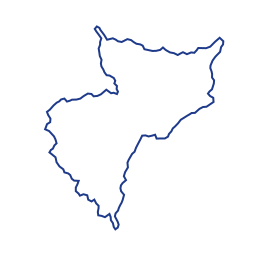 Taquarivaí, São Paulo, Brazil, rotated 98°
{"feature_id": "56859067B24863569730487", "entity_name": "Taquarivaí", "entity_type": "district", "adm_level": 2, "iso_a3": "BRA", "parent_name": "Brazil", "parent_adm1": "São Paulo", "projection": "orthographic", "projection_center": [-48.686, -23.94], "detail": "fine", "context": "isolated", "style": "outline", "palette": "blue", "viewbox_px": 256, "rotation_deg": 98, "n_neighbors": 0, "source": "geoboundaries", "source_scale": "gbopen_adm2", "svg_char_len": 2442}
<svg xmlns="http://www.w3.org/2000/svg" viewBox="0 0 256 256"><g transform="rotate(98 128 128)"><path d="M78.0,50.2L72.0,49.2L68.8,49.4L66.3,51.8L62.9,52.2L60.4,53.1L57.3,54.8L54.7,55.0L49.4,53.6L45.4,51.5L43.3,50.0L39.8,47.4L35.0,47.1L32.0,45.5L28.8,45.7L25.9,49.8L30.5,53.8L36.0,57.9L38.1,61.8L38.5,65.1L39.0,69.6L41.4,70.8L44.3,72.8L44.4,76.0L46.7,79.9L45.3,84.1L46.8,86.3L48.8,88.9L47.5,92.9L47.3,97.0L45.5,101.5L43.4,104.6L46.2,107.0L47.7,111.0L48.3,114.6L47.7,122.7L44.4,124.9L43.5,127.5L43.4,131.4L42.1,134.4L40.5,137.2L40.1,141.0L43.7,146.2L43.5,150.0L42.2,152.5L41.3,155.5L43.5,161.0L39.2,164.5L34.8,168.9L32.8,170.3L31.8,173.0L34.5,174.7L36.8,172.8L39.4,170.2L42.9,166.9L46.8,167.6L49.4,167.2L53.4,168.1L56.9,167.0L60.7,165.9L64.1,163.7L67.9,163.8L70.7,162.9L73.5,160.6L76.2,159.0L78.7,156.5L78.6,153.6L80.5,149.0L83.0,147.2L85.8,147.7L87.9,144.8L91.0,144.7L93.4,143.0L95.9,143.7L95.1,147.1L95.9,149.6L94.6,152.0L93.1,154.8L96.4,157.7L98.5,159.6L100.5,162.8L101.4,166.5L99.4,168.9L99.5,172.6L102.6,176.4L105.5,179.3L107.1,183.2L107.7,187.3L109.1,189.4L110.3,192.1L107.7,195.1L109.1,198.3L111.2,199.8L112.9,202.2L116.1,204.9L120.8,208.0L123.3,210.5L126.2,208.9L129.5,206.1L133.1,205.9L135.4,208.7L140.8,209.9L142.0,205.7L146.6,200.1L149.5,198.2L153.1,196.6L155.5,198.5L158.9,199.5L160.6,201.4L163.1,202.4L164.6,199.8L167.1,195.7L171.8,194.0L175.6,190.5L177.9,186.3L180.8,184.8L181.3,180.9L182.6,178.7L186.1,176.6L187.6,174.0L187.2,169.5L191.0,170.3L194.2,171.4L197.8,170.9L199.8,167.8L201.7,166.2L199.8,162.9L200.3,159.0L204.5,157.4L205.8,153.9L203.6,151.4L207.1,149.0L209.1,146.3L211.5,146.0L215.4,146.2L218.6,145.3L218.7,141.9L219.5,138.4L215.7,134.4L218.5,132.8L221.7,132.1L224.3,129.7L228.0,128.3L230.1,126.4L228.0,124.3L225.0,123.8L222.2,125.2L220.1,126.7L217.3,128.7L214.2,128.4L211.2,126.4L208.3,125.9L205.2,124.9L203.0,124.0L200.1,123.3L194.7,122.6L191.6,126.0L188.8,127.1L185.8,127.0L183.3,125.7L179.9,122.7L176.3,125.4L172.0,124.7L167.1,122.6L162.4,123.7L159.5,122.9L156.7,121.8L153.0,120.3L150.6,118.2L146.4,117.3L141.5,115.6L137.7,114.2L133.6,112.9L132.9,109.6L133.5,106.5L132.4,103.5L130.9,100.2L134.5,98.2L134.0,95.3L133.2,90.0L131.0,87.2L128.2,86.6L125.3,84.6L122.2,83.6L120.0,81.7L116.4,79.1L112.5,76.9L109.9,73.8L107.7,71.2L105.9,68.9L104.3,67.1L103.7,63.8L99.1,59.9L96.8,56.7L96.0,53.2L93.3,50.2L90.3,46.9L86.2,47.8L84.9,51.2L82.8,53.6L80.5,52.4L78.0,50.2Z" fill="none" stroke="#1e3a8a" stroke-width="2"/></g></svg>